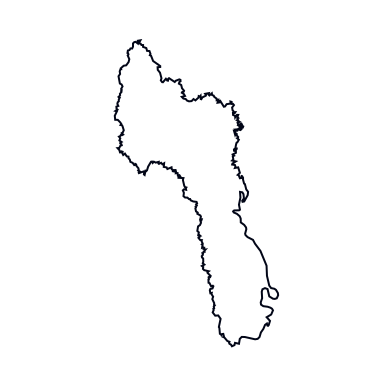 the district of Santa María, Herrera, Panama, rotated 78°
{"feature_id": "35544464B33325407624230", "entity_name": "Santa María", "entity_type": "district", "adm_level": 2, "iso_a3": "PAN", "parent_name": "Panama", "parent_adm1": "Herrera", "projection": "orthographic", "projection_center": [-80.702, 8.094], "detail": "fine", "context": "isolated", "style": "outline", "palette": "ink", "viewbox_px": 384, "rotation_deg": 78, "n_neighbors": 0, "source": "geoboundaries", "source_scale": "gbopen_adm2", "svg_char_len": 6068}
<svg xmlns="http://www.w3.org/2000/svg" viewBox="0 0 384 384"><g transform="rotate(78 192 192)"><path d="M195.3,138.6L194.6,139.3L190.4,139.5L188.7,139.1L186.9,139.7L186.7,140.1L188.6,140.8L188.5,142.3L185.4,142.8L184.8,143.7L183.2,141.2L177.5,141.7L177.4,145.0L176.3,144.2L174.5,144.4L173.5,147.0L172.6,146.5L171.2,142.8L169.6,146.2L168.7,144.8L165.5,144.7L165.2,143.3L163.7,144.3L162.8,140.9L161.2,140.6L160.4,142.3L159.1,142.1L158.8,141.6L159.7,140.1L159.4,139.5L158.7,139.2L158.2,140.5L154.4,138.9L153.0,138.1L152.8,137.3L150.6,135.3L148.8,136.7L148.5,135.7L147.8,135.4L146.1,136.4L144.4,136.2L143.8,136.9L145.1,137.9L140.9,138.2L141.6,136.5L140.9,135.8L139.9,136.6L140.0,135.5L141.1,134.7L140.0,134.0L139.2,131.9L140.8,133.1L141.5,131.7L140.5,130.2L138.8,130.0L139.4,128.8L138.6,128.3L137.4,130.1L136.7,130.0L137.0,129.0L135.5,129.4L135.5,130.5L136.6,131.3L137.6,130.5L138.6,130.8L136.4,133.0L135.8,131.8L135.3,132.9L133.6,133.0L133.3,130.8L131.2,133.0L131.0,132.0L129.4,132.3L129.2,131.3L127.8,131.9L126.2,130.8L125.9,132.0L127.9,134.2L126.4,134.0L125.2,135.8L123.2,135.5L123.6,133.7L122.9,133.0L122.5,134.9L121.4,134.7L120.5,135.3L117.7,135.2L115.7,132.9L114.3,133.6L114.1,134.9L112.1,134.5L111.5,135.6L113.5,135.8L113.3,139.9L115.2,141.9L115.2,143.1L108.5,145.5L108.5,146.1L110.1,145.6L110.0,148.5L107.2,147.2L107.3,148.8L105.8,148.5L103.5,150.5L102.3,150.7L101.3,152.2L99.6,152.1L101.2,154.9L100.1,155.6L98.8,154.9L98.7,158.7L100.0,158.1L100.7,158.5L101.6,162.2L103.2,163.6L102.9,164.1L99.6,163.6L100.3,164.5L99.6,165.5L101.0,166.0L103.1,169.6L101.4,171.2L103.0,173.5L102.7,176.1L101.5,177.9L99.8,178.8L98.8,181.0L96.8,182.2L96.6,178.9L94.5,179.6L92.8,181.3L92.2,180.8L92.1,179.2L91.3,178.7L88.5,180.2L85.1,180.3L83.3,182.3L81.7,181.4L81.3,180.2L79.9,180.0L79.2,181.0L79.8,184.7L80.8,186.0L75.9,190.8L76.3,191.7L78.1,192.3L77.9,193.0L75.8,194.0L78.6,197.6L78.3,198.4L76.3,199.3L74.4,198.2L68.6,198.5L65.4,200.1L62.8,199.7L63.1,197.1L62.2,196.9L55.8,202.8L50.3,203.7L49.4,204.8L48.3,203.9L45.3,204.3L44.6,206.6L41.7,206.8L39.9,209.7L38.1,209.3L37.7,210.9L36.3,211.4L35.5,213.1L32.9,210.9L32.8,213.6L35.4,214.2L33.4,215.9L33.4,217.3L34.4,218.8L37.6,219.5L39.2,220.7L38.8,222.3L40.2,223.7L40.3,225.3L42.6,226.2L43.0,225.6L44.4,225.6L45.0,226.5L49.0,225.7L51.7,227.0L54.4,230.0L54.3,232.6L56.2,235.9L57.1,235.8L57.0,236.4L58.9,237.6L61.6,237.8L63.5,239.8L70.9,240.0L72.2,238.5L74.3,238.0L76.5,239.9L77.6,239.5L78.5,240.4L79.4,240.1L81.0,242.1L82.4,242.2L83.4,243.5L84.1,243.2L84.1,244.0L85.2,243.5L86.6,244.5L88.0,244.7L88.8,246.0L90.3,246.7L92.5,246.2L92.8,248.2L94.9,248.5L95.9,247.8L96.8,250.0L97.5,248.7L101.4,251.7L105.4,252.1L106.0,249.6L109.0,247.7L110.8,247.0L111.6,247.9L112.1,246.7L113.0,246.3L117.4,245.9L119.3,247.3L119.8,248.5L121.5,247.4L121.9,248.8L121.5,249.8L122.6,250.9L122.7,251.9L124.6,251.0L126.5,252.3L128.4,250.5L128.8,251.8L129.6,252.1L130.6,251.1L131.7,251.0L131.9,252.5L133.8,254.0L133.6,255.7L136.0,254.3L138.3,254.2L138.4,253.4L137.6,252.6L138.2,251.5L139.6,252.1L141.5,251.6L140.5,249.6L143.6,248.4L144.2,246.8L146.0,247.0L147.2,246.1L149.7,246.0L151.1,244.0L153.7,242.9L153.7,242.1L152.8,241.6L153.4,240.9L155.0,240.9L157.6,239.5L159.1,239.5L159.8,240.2L161.0,238.8L162.0,240.1L162.5,240.0L161.8,234.8L162.4,234.5L164.8,235.4L165.5,234.8L161.5,233.0L162.0,232.3L161.4,231.5L158.0,229.6L153.9,225.8L153.9,224.8L155.4,224.4L154.4,223.0L155.7,221.4L155.6,218.3L157.1,218.9L157.6,218.5L157.0,216.1L158.8,215.2L158.1,213.3L161.6,214.4L162.7,211.7L164.4,211.3L163.6,206.9L165.7,207.1L166.5,205.9L167.7,206.4L168.5,204.6L167.0,204.1L167.1,203.5L169.4,203.4L170.3,203.9L170.5,202.2L172.8,202.4L172.9,200.8L174.2,200.3L174.4,202.1L175.3,202.3L176.6,197.5L178.3,198.4L184.2,198.3L185.7,197.9L186.4,196.6L187.2,197.3L188.6,197.3L187.7,199.2L188.5,200.6L191.1,200.1L194.3,201.2L196.0,199.9L196.5,197.7L198.3,196.4L198.5,195.3L199.9,195.0L201.5,192.8L202.6,189.6L204.3,189.4L204.9,190.6L206.3,190.1L207.0,191.5L207.9,191.3L208.7,192.1L211.8,192.1L213.3,190.7L214.4,191.3L216.7,188.7L217.9,188.4L220.3,189.6L220.7,188.1L222.0,188.9L222.1,189.8L224.0,189.6L226.0,191.1L226.9,193.2L231.2,194.9L232.9,193.7L235.4,194.8L235.4,193.9L236.6,193.0L236.7,194.2L237.6,194.0L238.2,195.2L240.6,194.0L241.1,192.4L241.9,192.9L244.5,192.3L245.2,193.1L245.5,192.5L248.3,193.6L248.0,192.8L249.8,192.7L249.4,191.6L251.2,191.7L251.2,190.9L252.1,192.1L253.1,192.1L253.0,193.2L254.1,193.8L254.0,194.5L255.7,194.4L256.8,195.8L258.2,195.8L259.3,194.9L262.7,195.5L263.9,196.3L265.6,195.0L266.4,197.7L267.7,196.6L269.5,197.3L271.0,196.3L273.0,192.1L273.7,193.6L274.4,193.6L278.0,191.2L278.8,191.8L278.2,192.3L278.8,193.5L280.7,193.5L281.0,194.1L284.2,194.7L284.8,193.8L288.2,192.9L288.0,191.1L288.6,190.7L290.6,192.0L290.7,194.3L291.8,195.0L294.8,195.1L294.8,193.7L295.8,194.2L298.8,193.1L301.0,194.4L305.3,193.4L307.1,193.9L307.6,193.3L308.7,194.6L310.3,194.5L310.7,195.4L311.9,195.3L314.1,196.8L317.8,195.0L318.2,192.0L322.0,190.4L329.7,193.8L330.8,193.5L336.5,194.2L337.2,193.2L338.1,193.0L337.2,192.0L337.3,190.9L339.9,190.8L340.3,191.6L341.0,190.6L345.1,188.4L346.3,186.5L347.2,187.1L348.3,186.9L349.4,185.6L351.2,185.0L350.6,182.3L348.5,181.3L350.2,177.6L345.6,175.8L344.1,173.5L344.8,170.5L349.2,160.9L349.3,158.3L347.9,156.1L343.7,153.8L340.8,150.7L337.2,148.2L336.2,146.1L338.3,146.0L338.7,145.5L338.2,144.7L334.3,142.5L330.0,145.0L328.3,140.0L324.6,137.4L322.8,138.0L321.5,139.3L320.0,141.8L318.5,146.0L316.5,147.9L314.2,147.7L310.5,145.5L304.0,144.5L301.8,143.3L301.2,140.6L302.6,138.3L310.2,138.1L313.2,135.0L313.8,133.2L313.6,131.2L310.9,129.2L308.7,129.0L305.2,130.2L303.8,131.5L302.4,134.6L299.6,135.9L289.6,136.1L279.6,134.4L263.9,137.3L255.7,141.1L251.5,142.3L247.7,147.0L245.3,148.6L243.8,148.7L239.7,146.6L237.9,146.5L235.0,147.8L231.9,150.6L228.1,149.9L225.6,150.4L222.7,152.6L220.7,155.4L219.5,155.8L218.8,154.6L219.7,149.7L219.3,148.8L214.2,148.7L207.5,145.8L201.9,145.0L202.8,142.8L204.8,142.1L209.0,142.5L211.0,144.7L212.1,144.6L212.1,142.9L206.7,138.2L203.5,137.1L200.7,138.4L195.3,138.6Z" fill="none" stroke="#020617" stroke-width="2"/></g></svg>